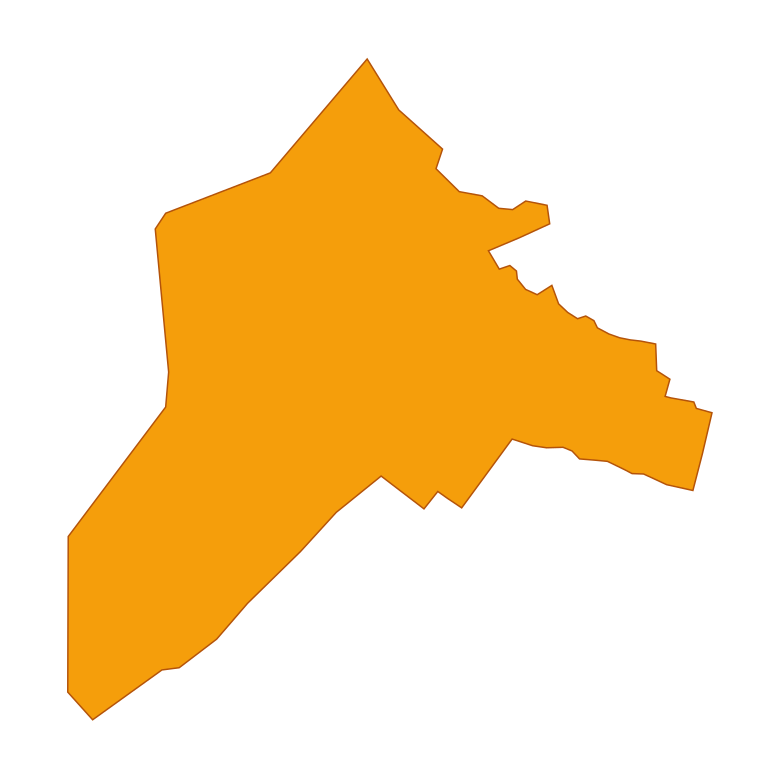 Yunusabad, Tashkent, Uzbekistan, rotated 268°
{"feature_id": "79887680B16922356170962", "entity_name": "Yunusabad", "entity_type": "district", "adm_level": 2, "iso_a3": "UZB", "parent_name": "Uzbekistan", "parent_adm1": "Tashkent", "projection": "orthographic", "projection_center": [69.256, 41.321], "detail": "fine", "context": "isolated", "style": "filled", "palette": "amber", "viewbox_px": 768, "rotation_deg": 268, "n_neighbors": 0, "source": "geoboundaries", "source_scale": "gbopen_adm2", "svg_char_len": 1040}
<svg xmlns="http://www.w3.org/2000/svg" viewBox="0 0 768 768"><g transform="rotate(268 384 384)"><path d="M58.6,81.1L106.0,152.1L107.6,169.4L134.9,207.9L169.6,240.0L219.5,294.7L257.4,331.8L292.1,377.9L257.8,419.6L274.7,434.0L267.3,443.7L257.5,457.3L324.5,510.1L320.4,521.4L317.1,530.4L314.6,544.2L314.5,560.7L310.5,569.6L302.3,576.8L300.6,591.5L298.9,604.6L289.9,621.6L285.8,628.8L285.0,640.3L273.5,663.0L266.8,689.0L303.3,699.8L343.8,710.8L348.7,695.3L355.2,693.0L360.1,670.2L361.8,664.5L378.8,669.9L387.8,657.0L414.5,656.9L417.9,642.2L419.5,631.6L422.0,621.0L426.2,610.4L432.7,599.2L440.0,596.0L444.9,588.0L442.5,579.7L449.1,570.1L458.0,561.3L476.7,555.2L467.9,540.2L473.6,528.8L484.1,520.9L492.3,520.3L498.0,513.9L494.8,503.2L513.5,493.0L525.5,524.5L538.3,555.2L556.9,553.2L561.9,532.0L553.8,518.7L555.6,504.8L568.6,488.7L573.6,465.9L597.3,443.5L616.7,450.7L657.4,408.3L709.4,378.5L599.0,277.8L562.3,171.8L546.9,160.8L403.4,169.2L368.6,165.0L242.6,63.1L87.1,57.2L58.6,81.1Z" fill="#f59e0b" stroke="#b45309" stroke-width="1.5"/></g></svg>